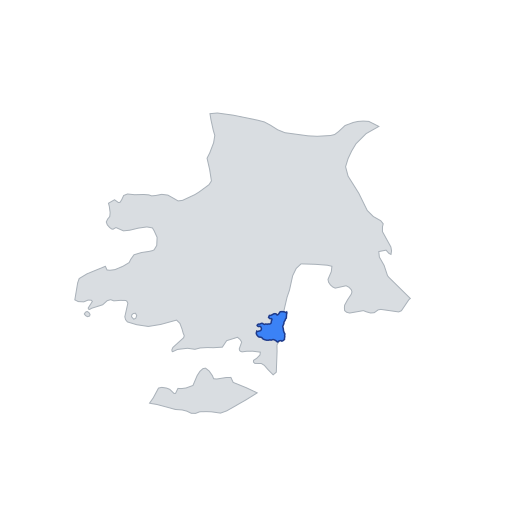 Jabrayil District, Cəbrayıl, Azerbaijan (highlighted), rotated 317°
{"feature_id": "54616110B25171122868047", "entity_name": "Jabrayil District", "entity_type": "district", "adm_level": 2, "iso_a3": "AZE", "parent_name": "Azerbaijan", "parent_adm1": "Cəbrayıl", "projection": "natural_earth1", "projection_center": [46.975, 39.317], "detail": "fine", "context": "in_parent", "style": "filled", "palette": "blue", "viewbox_px": 512, "rotation_deg": 317, "n_neighbors": 0, "source": "geoboundaries", "source_scale": "gbopen_adm2", "svg_char_len": 4854}
<svg xmlns="http://www.w3.org/2000/svg" viewBox="0 0 512 512"><g transform="rotate(317 256 256)"><path d="M339.9,392.3L338.1,392.2L325.0,395.2L322.2,394.2L310.9,380.2L308.6,378.7L303.8,378.1L300.9,375.8L298.6,372.0L297.3,369.2L285.6,361.6L283.9,358.9L283.6,356.4L285.3,354.2L287.3,352.4L293.0,350.5L299.6,348.9L301.7,347.7L302.7,345.7L302.7,342.4L301.6,339.2L292.0,333.5L291.0,331.0L290.7,327.9L291.2,324.7L292.7,322.2L300.4,318.8L304.5,315.3L301.9,311.4L293.6,302.4L283.6,292.5L277.0,292.5L269.4,295.4L257.2,303.8L250.5,307.4L241.7,313.3L232.1,319.9L224.3,327.0L219.4,332.8L210.7,335.3L206.3,340.2L191.6,354.8L187.5,354.6L187.3,347.4L187.5,341.6L186.6,338.3L181.9,333.8L181.8,331.8L183.1,330.6L186.7,331.3L191.4,331.1L193.6,329.3L188.6,323.3L184.2,319.3L180.4,316.6L179.6,315.0L179.6,313.9L180.4,312.5L186.8,309.2L187.4,306.2L187.0,302.8L176.8,297.9L169.2,299.7L162.4,294.1L158.0,289.8L152.5,285.2L147.7,282.6L143.0,276.8L134.9,270.8L129.7,269.1L129.7,268.2L130.7,267.1L132.9,266.2L147.4,266.4L149.2,265.3L150.1,262.8L152.1,259.0L154.4,253.4L154.2,248.7L139.7,241.1L129.2,234.1L121.9,224.9L117.0,216.5L117.2,213.6L118.6,211.0L130.0,203.2L130.7,201.2L130.5,199.8L126.5,195.9L121.4,191.8L119.9,188.8L116.7,187.2L110.6,187.1L100.1,182.1L97.8,181.6L97.3,180.6L97.8,179.6L105.4,177.6L105.3,175.9L103.1,173.7L98.8,172.1L94.9,168.1L93.6,164.5L107.3,154.0L111.3,151.9L120.3,153.8L138.8,160.8L137.5,164.6L139.4,166.8L143.6,169.8L151.8,172.8L158.7,174.3L162.2,173.0L167.6,171.9L174.5,175.3L180.9,179.7L184.0,181.5L185.7,182.0L190.6,180.6L196.4,174.9L198.7,168.1L199.4,164.8L196.0,160.3L189.0,155.4L181.2,151.0L176.2,147.2L173.0,139.7L169.7,138.9L168.9,137.9L168.4,135.4L168.5,131.8L169.7,129.0L172.8,127.8L176.0,127.4L178.9,124.8L182.6,119.6L184.1,116.8L190.9,118.4L191.8,123.0L193.0,124.0L195.8,123.4L200.5,121.5L204.3,123.0L209.1,128.5L215.7,134.3L219.3,138.2L220.7,140.9L224.1,143.5L229.1,146.6L233.1,151.4L236.6,162.6L240.2,165.2L253.1,169.4L257.6,170.3L270.2,171.8L274.6,170.7L281.1,161.1L286.9,151.1L292.4,149.1L302.2,144.3L308.1,139.7L310.5,134.9L316.0,125.6L319.4,120.5L325.3,125.1L335.4,137.5L349.9,157.9L353.5,163.6L355.8,170.3L357.9,178.4L361.2,185.5L376.0,203.6L382.4,210.2L392.8,218.8L396.4,220.8L401.2,221.3L410.1,221.3L418.3,224.7L422.3,227.1L426.5,230.5L430.3,234.5L434.2,245.0L420.0,241.6L405.7,242.1L397.7,244.4L389.9,247.5L382.4,251.8L377.8,260.4L374.0,280.1L368.4,298.6L368.7,307.1L371.3,315.3L371.0,319.2L368.4,320.9L365.1,324.4L360.8,341.4L358.6,344.7L355.8,346.9L355.0,344.8L355.1,340.4L348.8,336.5L345.5,340.9L343.3,350.2L338.8,360.0L338.6,361.9L339.9,392.3ZM128.2,218.2L128.8,215.6L127.0,214.4L125.1,214.3L123.5,215.6L123.5,218.9L125.7,219.5L128.2,218.2ZM80.9,295.2L78.8,292.5L77.8,291.0L84.1,289.7L94.6,286.1L97.5,287.8L100.5,291.6L102.0,294.7L102.3,300.6L103.5,301.6L108.6,299.6L110.9,302.0L114.8,304.8L121.6,307.7L131.5,303.3L136.4,302.1L140.4,302.2L142.6,303.6L143.3,308.2L142.5,313.8L141.3,316.9L143.4,319.2L151.4,324.6L154.8,327.7L153.1,332.9L159.1,345.8L161.1,350.8L163.5,356.9L151.1,354.5L129.0,349.3L122.9,346.7L117.1,339.5L113.7,336.1L108.7,331.6L104.5,329.9L101.4,326.9L99.6,322.3L97.0,318.2L92.4,313.3L82.2,296.9L80.9,295.2ZM94.8,185.5L93.4,186.4L91.4,185.5L90.7,183.4L90.9,181.3L93.0,180.8L94.7,181.4L95.2,183.3L94.8,185.5Z" fill="#d9dde1" stroke="#a8b0b8" stroke-width="1"/><path d="M205.3,311.5L205.0,311.7L204.3,312.1L203.7,312.5L203.2,313.1L203.0,313.7L202.7,314.8L202.7,315.5L202.7,316.5L202.9,317.2L203.5,318.0L204.0,318.5L204.4,319.1L204.6,319.7L204.6,320.3L204.5,321.1L204.7,321.9L205.2,323.0L205.7,323.8L206.3,324.8L207.3,325.7L208.1,326.4L209.0,326.7L209.3,327.3L209.7,327.9L210.7,328.3L211.5,328.7L212.0,329.4L212.4,330.2L212.6,331.0L212.9,332.1L212.9,333.1L213.2,333.7L213.5,333.7L214.6,333.8L215.3,334.0L216.6,334.9L216.8,335.9L217.9,336.3L218.9,336.4L220.0,336.4L220.7,335.6L222.1,334.6L222.5,333.9L224.0,332.7L224.4,331.0L224.8,330.2L225.2,329.3L226.1,328.2L226.6,327.4L227.0,326.6L227.4,325.8L228.4,325.3L229.2,325.0L230.4,324.4L231.1,323.6L231.8,323.3L233.6,322.8L234.6,322.2L235.8,322.1L237.5,320.5L238.7,319.4L239.8,318.7L240.2,317.9L239.6,317.9L239.1,317.5L238.9,316.5L237.9,315.3L237.4,314.7L236.6,314.0L235.7,313.3L234.8,313.4L233.5,313.8L232.2,313.9L231.2,313.6L231.2,312.8L231.2,311.9L230.6,311.2L229.8,310.5L228.7,310.2L227.9,310.0L226.4,309.6L225.3,308.6L225.0,308.7L224.3,309.0L223.3,309.5L223.4,311.2L223.6,311.6L224.5,312.2L224.6,313.1L223.9,313.6L222.9,314.0L222.2,314.7L221.4,315.3L220.2,315.3L219.2,314.8L218.5,313.9L217.7,313.7L217.4,313.2L216.7,312.3L215.6,311.9L215.0,310.8L214.9,309.9L214.4,309.2L213.9,308.9L213.1,308.6L212.1,308.3L211.6,307.6L210.4,307.2L209.4,307.6L209.4,308.5L209.7,309.3L210.3,309.7L211.0,310.3L211.2,311.0L210.9,311.9L210.5,312.8L209.4,313.6L208.7,313.6L208.1,313.6L206.9,312.9L205.5,312.2L205.3,311.5Z" fill="#3b82f6" stroke="#1e3a8a" stroke-width="1.5"/></g></svg>